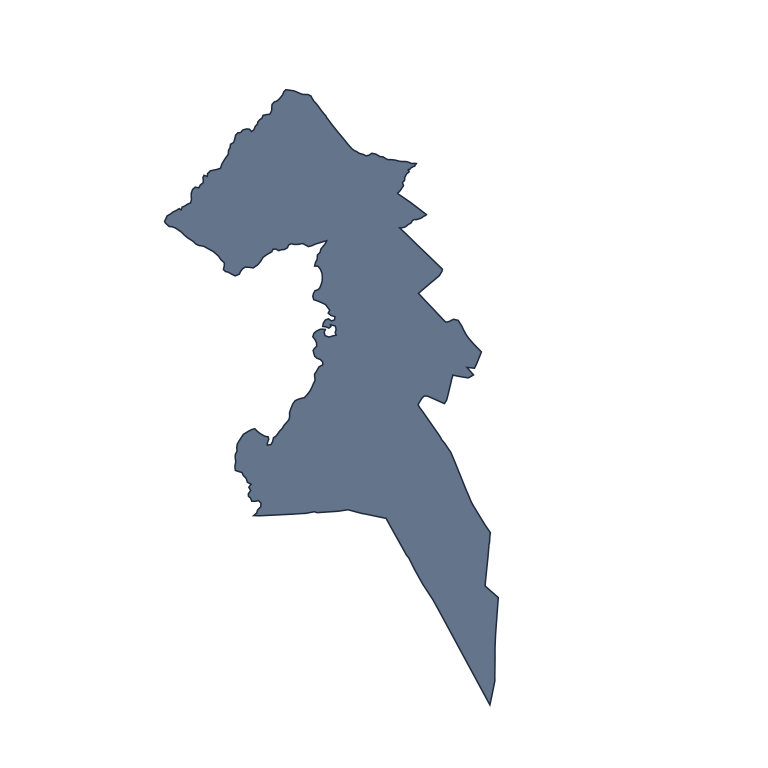 outline of Marakwet West, Rift Valley, Kenya, rotated 216°
{"feature_id": "3690345B12316778885623", "entity_name": "Marakwet West", "entity_type": "district", "adm_level": 2, "iso_a3": "KEN", "parent_name": "Kenya", "parent_adm1": "Rift Valley", "projection": "mercator", "projection_center": [35.451, 1.024], "detail": "fine", "context": "isolated", "style": "filled", "palette": "slate", "viewbox_px": 768, "rotation_deg": 216, "n_neighbors": 0, "source": "geoboundaries", "source_scale": "gbopen_adm2", "svg_char_len": 6171}
<svg xmlns="http://www.w3.org/2000/svg" viewBox="0 0 768 768"><g transform="rotate(216 384 384)"><path d="M652.3,447.1L651.8,444.5L649.9,442.6L648.6,440.3L649.6,437.2L649.2,433.8L652.5,432.3L653.2,428.9L652.1,425.1L650.4,422.7L648.4,420.3L647.8,419.2L647.0,416.8L648.6,414.1L649.7,411.1L651.3,408.4L650.4,405.6L652.8,405.5L653.9,402.6L655.7,399.4L656.7,395.9L658.3,392.5L657.0,386.4L655.6,385.8L650.4,385.1L647.9,386.6L644.8,387.5L641.4,387.7L637.2,387.8L633.0,387.1L628.7,386.8L624.7,387.1L621.6,387.2L618.9,386.6L615.7,387.1L614.9,387.4L611.0,389.4L603.3,390.4L600.2,390.8L597.1,390.6L592.7,390.1L589.0,388.7L584.5,388.2L582.6,385.6L581.2,382.2L578.3,381.8L575.8,382.9L571.8,383.3L567.9,384.0L565.6,387.8L566.2,390.8L566.1,393.9L565.1,396.9L562.2,398.8L559.3,400.4L557.9,401.2L557.5,402.7L556.2,406.2L555.9,410.3L556.3,415.4L554.8,419.9L552.5,425.0L553.0,427.9L550.5,429.7L547.6,429.9L546.1,432.1L543.5,434.4L542.2,437.5L542.9,440.2L541.6,442.9L539.1,443.9L535.9,446.1L532.6,449.6L531.4,450.0L525.9,450.7L525.2,451.6L523.7,453.4L521.7,456.9L521.2,457.6L519.1,460.3L516.7,463.6L514.6,466.2L514.0,463.1L514.2,459.3L514.4,456.0L513.1,453.0L513.7,449.1L511.5,445.9L510.9,442.2L509.5,438.6L506.6,440.5L502.9,439.4L499.5,437.3L498.7,436.6L497.3,434.9L495.9,433.0L494.7,431.1L494.2,430.1L493.2,427.0L492.5,424.1L492.8,421.6L494.7,418.9L494.2,415.7L493.2,413.1L490.4,410.9L486.2,412.2L482.4,413.1L478.0,413.9L471.3,411.8L470.8,408.5L467.4,408.3L463.1,409.6L462.3,407.9L461.8,406.7L463.6,404.2L467.3,404.1L469.1,401.2L468.9,397.5L467.4,394.5L464.4,396.2L461.4,396.8L460.7,399.3L462.1,400.5L457.5,402.3L454.7,399.9L453.8,397.0L451.4,395.4L453.6,393.0L454.5,391.7L456.0,389.7L460.0,388.5L462.7,390.5L463.5,393.7L466.0,392.2L467.4,391.2L468.1,390.2L469.8,387.0L470.5,383.9L469.4,380.4L466.0,379.4L462.7,377.6L460.7,375.0L461.2,371.8L461.1,370.3L461.0,369.4L458.5,367.3L456.4,365.7L453.4,365.4L449.9,366.4L446.4,365.7L444.8,363.5L446.7,359.6L446.1,354.8L446.0,351.1L443.8,348.5L441.9,346.5L441.3,342.6L440.3,338.4L439.8,334.8L439.9,330.6L440.4,326.1L442.7,323.6L444.5,321.2L446.1,318.2L446.1,315.3L446.0,313.8L445.3,311.2L444.9,309.3L444.6,308.4L443.5,305.1L441.2,302.2L440.0,299.5L440.1,296.5L440.6,291.9L440.2,287.9L440.8,284.6L440.7,281.9L440.7,278.7L441.8,275.5L440.2,271.8L439.9,268.4L442.6,266.0L444.0,268.5L444.6,271.3L446.6,273.2L449.5,271.8L452.9,271.3L455.9,271.1L457.4,271.2L458.8,271.3L462.2,271.9L464.1,269.7L466.0,265.9L468.2,260.6L467.8,252.9L467.4,249.1L465.7,246.0L463.4,243.2L462.9,239.7L461.3,237.2L458.2,233.9L456.3,229.8L453.5,226.7L449.6,227.9L446.9,228.9L443.9,227.2L440.2,226.7L436.7,224.2L432.6,224.8L432.7,221.0L429.3,219.5L429.2,215.4L427.7,213.5L424.7,213.2L422.1,211.4L419.3,213.3L417.0,215.9L413.4,215.2L411.6,212.2L412.2,207.8L411.2,204.8L412.1,200.9L407.0,204.4L381.4,225.0L375.3,230.1L371.3,233.3L365.2,239.8L362.6,240.5L354.1,247.6L346.3,254.1L339.2,261.1L326.4,266.0L322.7,267.8L303.3,276.5L293.8,272.0L264.8,258.6L262.0,258.0L249.9,251.7L234.7,244.7L233.5,244.2L232.3,243.8L217.6,238.2L205.0,232.3L109.7,186.6L112.9,193.9L119.8,209.0L122.8,213.0L131.9,225.9L139.3,236.1L146.6,247.1L166.0,278.4L171.2,278.9L176.2,279.3L183.4,280.0L185.2,282.8L194.1,298.1L197.5,304.0L202.2,311.8L203.4,313.9L204.2,314.7L205.4,317.7L208.9,323.1L210.6,326.3L219.2,329.3L226.9,332.5L234.3,335.6L239.6,337.8L241.8,338.8L242.9,339.3L245.3,340.6L249.1,343.0L254.8,346.3L281.0,362.7L284.8,365.0L289.6,367.9L300.0,371.7L301.2,372.0L305.1,373.0L306.0,373.6L309.0,374.9L313.3,376.4L328.4,381.6L336.3,384.4L337.5,384.7L339.1,385.3L340.0,385.4L344.2,387.2L344.6,389.8L344.9,393.9L344.9,395.1L344.6,397.1L344.4,397.9L341.8,399.7L338.4,400.5L323.6,403.6L323.8,407.4L324.1,408.5L326.8,415.2L331.0,425.4L331.6,426.6L332.1,427.7L332.7,429.8L333.5,431.7L330.0,433.2L325.6,435.3L319.5,438.4L318.6,440.1L316.9,444.0L326.6,446.2L323.0,448.3L320.1,449.9L320.7,453.8L323.2,464.0L324.0,467.2L334.5,469.0L341.6,470.6L344.3,471.4L346.9,472.4L351.9,474.8L354.7,476.4L359.7,478.4L360.8,478.9L361.7,479.1L363.6,478.1L364.5,477.8L365.6,477.5L366.3,476.1L367.1,474.9L367.4,473.9L368.6,472.2L369.6,471.1L370.5,470.4L371.7,470.5L372.9,470.7L377.2,471.5L381.6,472.3L389.2,473.8L399.8,475.7L409.4,477.6L407.4,486.0L405.2,495.0L404.5,497.6L402.9,504.1L403.3,509.2L404.4,511.3L408.8,511.9L428.9,514.7L434.7,515.5L443.1,516.7L455.2,518.5L463.1,519.5L462.2,520.2L460.7,521.6L459.7,522.6L459.1,523.8L458.5,525.5L458.2,527.2L457.2,529.1L456.8,530.2L456.8,531.1L457.1,532.5L456.7,533.7L456.1,535.0L454.9,535.6L454.1,536.3L453.6,537.0L451.7,539.6L451.3,540.4L451.0,541.2L450.7,542.6L449.8,544.1L449.4,544.8L449.2,546.0L457.0,546.2L469.5,546.5L484.2,546.1L485.2,546.5L485.0,547.5L484.7,548.3L484.6,550.2L484.6,551.8L484.8,554.3L484.7,555.2L484.9,556.1L486.5,557.1L487.3,557.8L487.4,559.3L487.0,560.3L487.2,561.2L487.8,562.1L488.6,563.2L488.7,564.5L489.0,565.6L489.1,566.5L489.1,567.5L488.9,568.6L488.4,569.7L488.5,570.6L489.7,570.9L490.4,571.8L489.4,572.4L489.2,573.5L489.3,574.3L488.9,575.3L488.4,576.3L488.0,577.4L487.2,578.3L487.5,579.5L487.3,580.5L487.4,581.4L489.5,580.1L491.4,578.5L494.1,578.0L497.2,576.8L500.5,574.4L503.1,573.0L506.2,571.9L509.9,569.9L512.6,567.9L515.1,567.3L518.1,567.3L520.6,565.7L525.7,565.2L529.5,563.5L530.7,560.1L532.9,557.9L535.7,557.6L539.2,556.2L541.0,556.0L542.4,556.0L545.6,555.4L548.4,555.5L553.9,556.7L561.2,558.7L569.7,560.8L581.1,564.0L585.3,565.4L586.7,565.7L588.7,566.8L590.5,567.1L593.9,568.0L595.7,568.5L600.1,570.0L603.9,571.1L606.8,571.5L609.9,572.8L612.5,574.1L615.9,573.4L619.8,570.6L622.4,569.8L628.7,568.4L632.8,566.4L636.4,564.4L636.8,561.5L636.0,558.5L636.1,555.5L636.4,552.1L637.3,549.2L638.1,548.5L638.6,547.6L638.8,545.7L638.9,544.4L637.7,542.3L636.2,540.1L635.6,539.1L635.3,537.8L635.0,535.1L637.7,532.6L639.8,530.3L639.0,527.5L639.9,524.7L640.1,521.9L639.2,519.8L639.6,516.8L638.7,513.1L639.6,510.3L642.6,511.1L645.2,509.5L647.5,506.6L647.8,503.4L649.1,501.8L649.9,501.3L650.3,498.0L648.8,494.7L647.6,491.1L649.1,487.7L647.6,485.1L647.1,481.6L645.2,478.6L645.0,476.8L645.0,473.2L644.8,470.1L644.5,466.8L643.1,462.5L645.6,459.0L649.8,454.4L650.4,450.5L649.0,448.1L651.2,447.3L652.3,447.1Z" fill="#64748b" stroke="#1e293b" stroke-width="1.5"/></g></svg>